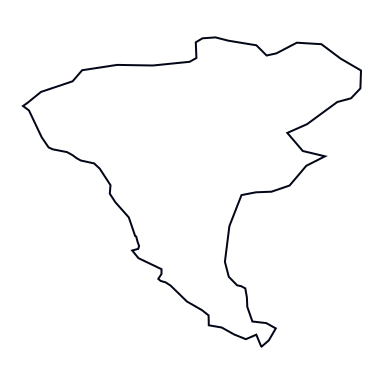 map outline of Ungheni (Equal Earth projection)
{"feature_id": "MDA-1623", "entity_name": "Ungheni", "entity_type": "District", "adm_level": 1, "iso_a3": "MDA", "parent_name": "Moldova", "parent_adm1": "", "projection": "equal_earth", "projection_center": [27.914, 47.242], "detail": "fine", "context": "isolated", "style": "outline", "palette": "ink", "viewbox_px": 384, "rotation_deg": 0, "n_neighbors": 0, "source": "natural_earth", "source_scale": "10m", "svg_char_len": 1076}
<svg xmlns="http://www.w3.org/2000/svg" viewBox="0 0 384 384"><path d="M245.8,339.2L234.2,334.5L221.7,327.5L208.8,325.3L208.6,315.4L201.9,310.1L186.9,301.5L170.6,285.6L165.7,282.4L160.6,280.9L158.3,278.9L161.5,273.9L161.5,269.2L138.5,258.2L132.2,250.5L138.2,248.9L139.1,246.0L137.6,241.9L136.2,236.5L135.2,236.1L128.8,217.4L115.4,202.3L109.8,193.7L110.5,185.2L99.7,168.6L94.1,163.4L80.8,160.5L76.6,158.2L72.6,155.2L67.0,152.1L52.7,149.3L48.6,147.4L41.7,137.3L29.0,110.5L23.0,106.0L27.2,103.1L41.0,91.9L72.6,81.3L82.2,70.2L117.1,64.9L152.9,65.5L189.6,61.8L196.4,58.0L195.8,42.3L202.5,38.3L215.5,37.4L228.4,40.7L256.4,45.3L266.6,55.5L276.3,53.4L296.8,42.7L321.4,44.2L340.6,58.6L361.0,70.5L360.4,88.4L351.0,98.3L337.3,102.0L307.0,124.2L287.3,132.9L302.8,151.0L325.0,156.3L306.3,165.8L289.6,185.5L271.5,191.7L255.9,192.3L241.5,195.1L229.4,226.1L224.9,261.8L228.8,276.8L237.1,285.3L241.2,286.2L245.3,288.4L246.9,297.5L247.3,306.9L252.4,321.5L266.3,323.1L275.8,328.4L268.8,340.4L261.6,346.6L261.0,346.0L256.3,334.7L245.8,339.2Z" fill="none" stroke="#020617" stroke-width="2"/></svg>